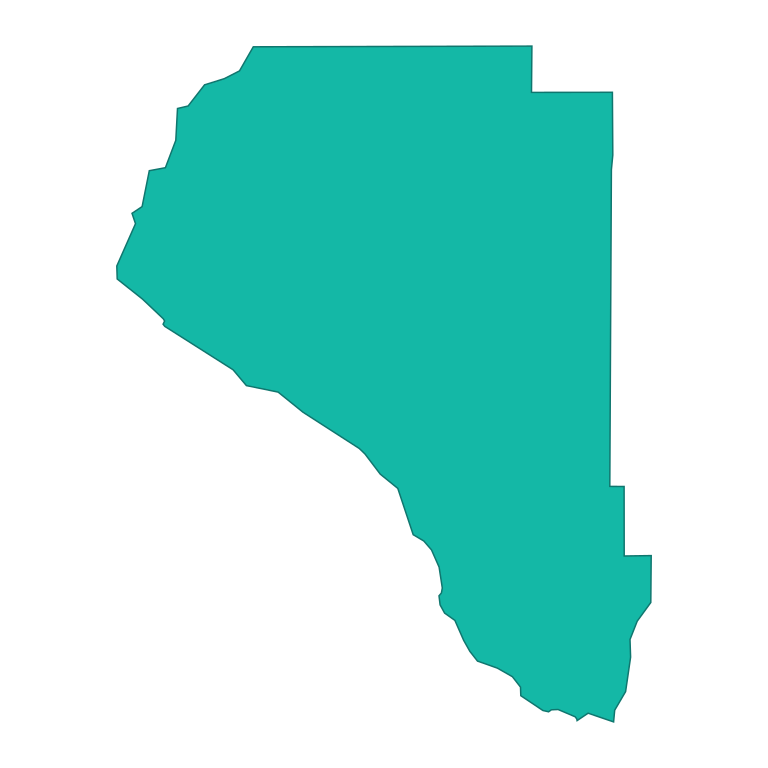 Taylor, Florida, United States of America (Equal Earth projection)
{"feature_id": "52423323B58777265344291", "entity_name": "Taylor", "entity_type": "district", "adm_level": 2, "iso_a3": "USA", "parent_name": "United States of America", "parent_adm1": "Florida", "projection": "equal_earth", "projection_center": [-83.624, 29.985], "detail": "fine", "context": "isolated", "style": "filled", "palette": "teal", "viewbox_px": 768, "rotation_deg": 0, "n_neighbors": 0, "source": "geoboundaries", "source_scale": "gbopen_adm2", "svg_char_len": 952}
<svg xmlns="http://www.w3.org/2000/svg" viewBox="0 0 768 768"><path d="M253.3,46.8L239.5,70.9L224.2,78.7L204.6,84.8L188.1,106.0L177.5,108.5L175.8,140.3L165.4,167.7L149.3,170.7L142.1,206.6L132.0,213.3L135.5,223.7L116.8,266.0L117.2,279.0L142.5,299.1L163.3,318.8L164.6,321.0L163.1,324.2L164.8,326.4L233.1,369.8L246.4,385.6L278.1,392.1L303.1,412.3L359.3,448.5L365.0,454.0L380.3,474.2L397.8,488.4L413.2,534.7L423.8,541.0L431.5,549.9L439.1,567.1L442.3,588.0L441.4,593.0L439.0,595.8L440.1,604.9L444.6,613.1L454.9,620.4L463.7,640.4L469.9,651.4L477.5,661.1L497.3,668.1L512.4,676.7L520.5,687.1L520.8,695.7L542.9,710.5L548.6,711.8L551.4,709.8L558.1,709.5L575.2,716.8L576.8,719.0L577.1,720.6L588.1,713.2L613.6,721.9L614.7,710.2L625.6,691.6L630.6,657.1L630.0,639.5L637.2,621.2L650.8,602.5L651.2,555.6L624.2,556.0L624.1,486.5L609.8,486.4L611.4,169.7L612.8,155.1L612.4,92.3L531.5,92.4L531.9,46.1L253.3,46.8Z" fill="#14b8a6" stroke="#0f766e" stroke-width="1.5"/></svg>